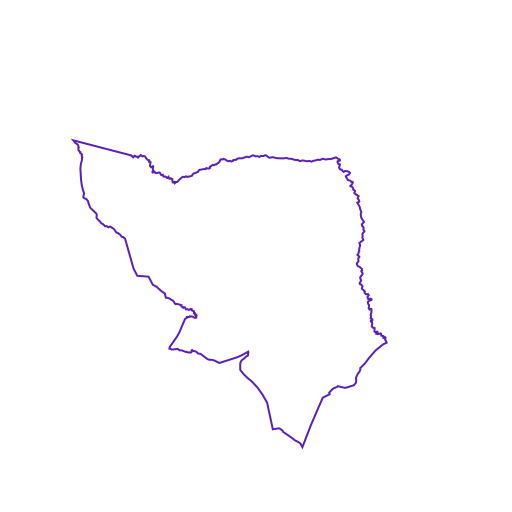 outline of Sigor, Rift Valley, Kenya, rotated 331°
{"feature_id": "3690345B8359999090101", "entity_name": "Sigor", "entity_type": "district", "adm_level": 2, "iso_a3": "KEN", "parent_name": "Kenya", "parent_adm1": "Rift Valley", "projection": "orthographic", "projection_center": [35.563, 1.576], "detail": "fine", "context": "isolated", "style": "outline", "palette": "violet", "viewbox_px": 512, "rotation_deg": 331, "n_neighbors": 0, "source": "geoboundaries", "source_scale": "gbopen_adm2", "svg_char_len": 6146}
<svg xmlns="http://www.w3.org/2000/svg" viewBox="0 0 512 512"><g transform="rotate(331 256 256)"><path d="M163.5,276.6L152.1,285.5L148.0,288.1L136.4,293.8L135.3,295.1L136.5,296.1L136.9,297.0L142.4,299.3L143.6,301.6L145.3,302.5L148.3,306.1L148.9,306.2L149.6,307.3L150.9,307.9L151.5,308.6L152.8,308.9L154.0,307.3L154.5,307.3L154.8,308.4L156.5,309.8L157.4,311.0L158.2,313.4L160.1,314.7L163.6,322.7L165.2,324.4L167.1,325.4L168.9,327.2L172.1,331.8L190.7,335.5L195.8,335.9L202.8,335.9L202.7,336.5L201.9,337.0L201.5,338.3L200.7,339.1L197.8,339.3L196.6,339.8L193.0,340.3L191.6,341.0L190.6,341.8L189.5,343.4L187.1,347.8L187.1,348.9L188.0,353.7L189.6,359.0L191.5,363.6L193.5,371.6L194.5,380.5L194.6,389.7L186.7,415.7L192.4,417.8L193.3,418.8L194.5,421.5L194.5,423.1L199.1,432.2L200.7,436.1L203.1,439.7L203.9,441.6L203.9,445.7L221.8,430.7L245.7,412.3L253.4,412.6L253.8,411.0L258.0,409.6L259.5,409.4L263.8,409.8L264.4,409.5L269.7,414.3L271.2,414.9L279.1,416.5L282.2,415.1L283.7,412.9L283.8,411.8L284.9,410.6L287.9,408.4L290.5,407.3L292.1,406.1L292.8,404.6L299.1,402.8L305.6,399.9L314.8,396.6L322.9,395.1L325.6,394.9L328.2,395.2L328.5,393.7L328.3,391.9L329.7,390.3L329.7,389.7L329.2,389.4L328.0,389.6L327.7,389.2L328.7,388.5L328.6,387.8L327.0,386.4L327.7,384.7L327.5,384.1L324.7,383.5L323.7,382.5L325.3,382.0L325.5,381.7L325.4,381.1L324.7,380.7L323.7,380.9L323.1,379.8L323.0,379.4L324.8,376.5L323.4,375.2L323.1,373.5L325.1,371.3L325.2,370.8L324.7,368.8L325.0,368.3L325.9,368.0L326.4,368.8L326.9,368.4L326.9,367.3L326.1,366.0L327.3,364.8L327.8,363.0L329.7,361.1L331.2,358.5L331.1,358.0L330.6,357.8L329.3,357.8L329.2,356.5L331.1,353.6L330.9,351.9L331.4,350.8L331.7,350.3L332.4,350.1L335.8,350.3L336.1,349.9L335.3,348.6L333.8,348.3L333.3,348.0L333.6,345.9L335.6,344.9L335.5,343.6L333.7,342.9L333.1,341.1L333.4,340.2L334.1,339.8L332.8,336.3L332.9,335.6L334.5,334.1L334.1,331.8L333.4,331.2L333.2,330.7L333.7,329.8L336.1,328.4L336.4,325.8L336.7,325.3L337.6,324.7L340.3,323.7L340.9,322.8L340.7,320.5L341.0,320.0L341.9,319.9L342.3,318.5L341.3,315.7L340.2,314.3L340.1,312.5L340.7,311.3L342.9,310.5L344.3,307.6L345.9,307.0L346.1,306.6L345.2,304.4L345.4,304.0L346.6,303.7L347.7,302.3L348.6,301.9L349.4,300.2L352.4,296.9L352.7,294.7L357.6,294.0L357.9,291.5L359.0,290.2L359.7,288.4L360.8,287.7L362.6,287.2L362.9,286.8L362.6,285.2L363.8,283.4L363.9,282.0L363.4,281.5L363.9,279.6L367.0,278.6L366.6,274.7L366.8,272.8L367.9,270.1L369.4,268.7L369.8,265.7L370.5,263.4L370.5,258.4L372.5,258.6L372.8,258.4L373.1,256.9L372.8,254.9L374.8,253.4L372.5,249.0L372.6,248.5L373.7,247.7L374.1,247.0L374.1,246.5L373.2,245.1L373.9,243.7L373.7,242.6L373.3,241.7L372.4,240.7L372.7,240.3L373.9,240.2L375.1,239.6L376.4,238.5L376.4,238.0L375.2,237.3L375.1,236.0L373.2,234.1L373.1,230.2L373.3,229.7L376.9,229.8L378.5,228.9L378.1,227.5L377.0,226.2L375.4,225.0L374.5,224.8L373.5,225.0L372.9,223.6L372.8,222.0L371.5,220.9L371.5,218.9L373.7,216.7L373.7,216.2L372.7,215.6L372.8,213.3L373.4,212.7L375.5,213.2L375.9,212.9L376.0,212.0L375.0,210.9L373.8,208.5L368.5,207.5L366.3,206.3L363.6,205.3L361.5,203.3L358.5,203.0L356.9,201.8L353.1,200.9L352.0,200.4L350.5,200.5L348.5,198.6L346.6,197.9L343.3,195.1L340.2,194.2L339.3,192.5L337.4,191.4L335.5,189.8L334.8,188.7L331.5,186.5L330.6,185.3L326.7,183.6L323.7,181.8L321.7,180.6L318.4,177.6L315.3,176.6L313.5,172.8L313.0,172.3L311.1,172.3L308.7,170.8L307.0,171.0L305.7,169.4L303.8,168.5L302.7,166.9L301.8,166.4L298.0,166.2L297.4,166.0L296.2,164.7L291.2,163.8L288.4,162.3L286.4,161.8L285.5,162.3L283.1,161.2L282.5,161.1L281.8,161.7L280.3,161.5L279.6,160.3L277.7,159.7L276.4,158.0L276.2,157.1L274.7,155.3L273.7,155.4L272.0,154.4L271.5,154.8L270.7,154.9L270.0,155.8L268.2,156.4L267.1,156.3L266.0,156.7L264.5,156.1L263.3,156.2L262.5,155.4L261.9,155.3L260.8,155.6L259.2,155.5L258.4,156.1L258.5,156.6L257.9,156.8L256.7,156.4L255.1,155.0L254.2,155.6L253.8,155.5L252.4,154.6L248.3,153.3L247.3,153.4L246.2,154.3L242.8,154.0L242.0,153.6L240.2,153.9L239.1,154.7L236.9,154.5L235.6,153.8L234.6,153.8L233.3,152.3L231.9,152.4L230.3,151.2L225.7,152.1L223.5,153.0L222.6,152.9L221.6,152.3L221.1,152.8L220.6,152.9L221.0,152.0L220.7,151.6L220.1,151.5L219.6,151.8L219.1,151.7L218.9,151.1L219.6,149.0L220.1,148.1L219.2,147.5L219.2,146.7L218.5,146.3L217.9,146.5L217.2,145.6L217.7,144.4L216.3,144.8L215.9,144.4L215.9,143.6L215.0,142.4L213.9,142.0L213.6,141.5L213.9,139.8L212.7,139.6L212.3,139.1L212.3,136.5L211.9,136.1L208.6,135.0L208.2,134.5L208.1,133.0L207.8,132.7L206.2,133.0L206.0,132.6L206.5,131.8L207.7,131.3L208.2,129.2L209.5,128.0L209.5,127.5L207.3,127.5L206.9,125.8L209.2,122.9L208.0,121.7L208.4,121.1L209.0,120.8L208.9,120.3L208.4,120.1L207.8,119.2L207.2,116.8L207.4,115.6L207.0,114.9L206.3,114.1L205.4,114.0L204.9,113.7L204.1,111.8L202.9,112.3L201.8,112.1L200.8,112.8L200.3,112.6L200.1,111.4L198.9,110.6L198.8,109.8L198.4,109.4L196.5,110.2L196.2,109.7L196.4,109.1L195.6,108.1L195.6,107.5L152.3,66.3L152.9,69.7L154.1,72.0L154.1,73.1L153.6,75.1L153.1,75.2L152.7,76.2L152.0,77.2L152.3,78.2L152.2,78.7L152.7,79.7L152.1,80.5L152.8,81.9L152.9,83.1L152.2,83.7L152.1,85.3L151.3,86.0L150.4,87.6L147.6,90.4L144.9,94.2L140.0,104.4L138.2,108.9L136.7,114.1L136.0,117.9L135.6,118.6L134.2,119.7L133.6,120.7L133.5,121.7L135.2,124.0L135.7,126.6L135.0,129.2L134.5,132.7L134.6,134.0L136.9,141.5L136.8,142.5L135.0,145.3L135.6,148.6L136.3,150.0L136.4,151.9L137.7,154.1L138.4,156.8L139.9,157.5L140.7,159.3L142.6,159.5L143.2,160.3L144.9,163.7L145.2,167.5L146.4,169.0L147.5,171.4L147.8,173.9L149.1,175.1L149.9,177.3L142.8,207.7L142.6,215.8L152.0,222.0L151.8,231.1L154.1,234.7L156.3,241.1L158.2,244.6L156.9,248.7L158.0,249.4L159.0,250.4L160.2,252.0L161.0,253.9L161.7,254.6L162.1,256.9L161.9,258.0L162.4,259.2L163.5,259.4L167.0,262.9L166.4,263.6L166.4,264.1L167.3,265.4L167.3,266.0L168.2,265.8L168.9,266.5L168.8,268.7L170.2,269.2L171.2,270.7L173.3,270.6L174.0,271.3L173.5,272.3L173.7,272.9L174.8,273.7L174.9,274.2L174.1,275.8L174.7,276.1L174.4,276.6L175.0,277.5L175.2,278.6L174.2,278.3L174.3,280.4L173.9,280.9L173.3,280.9L172.2,280.1L170.9,278.0L170.5,277.6L169.4,277.4L168.9,276.6L167.8,276.9L166.1,275.9L166.0,276.3L165.4,276.6L163.5,276.6Z" fill="none" stroke="#5b21b6" stroke-width="2"/></g></svg>